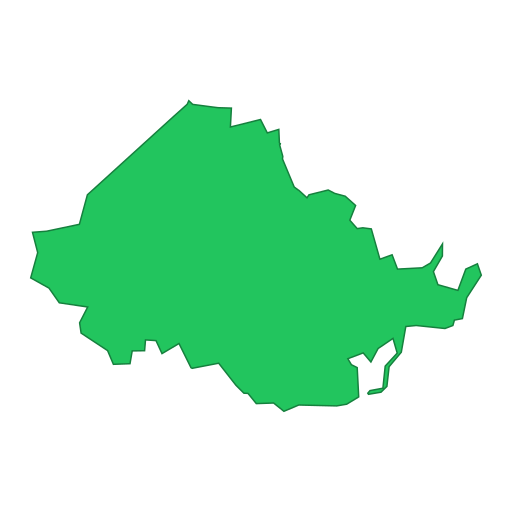 Chesterfield, Virginia, United States of America (Mercator projection)
{"feature_id": "52423323B79488300167847", "entity_name": "Chesterfield", "entity_type": "district", "adm_level": 2, "iso_a3": "USA", "parent_name": "United States of America", "parent_adm1": "Virginia", "projection": "mercator", "projection_center": [-77.515, 37.39], "detail": "fine", "context": "isolated", "style": "filled", "palette": "green", "viewbox_px": 512, "rotation_deg": 0, "n_neighbors": 0, "source": "geoboundaries", "source_scale": "gbopen_adm2", "svg_char_len": 1381}
<svg xmlns="http://www.w3.org/2000/svg" viewBox="0 0 512 512"><path d="M367.8,393.2L368.5,394.3L381.0,392.2L386.9,386.4L389.1,366.7L401.3,352.2L405.8,326.5L416.2,325.5L445.0,328.5L452.9,325.5L454.4,320.1L462.4,318.6L466.7,297.7L481.3,275.2L477.4,263.8L465.8,269.1L457.9,290.4L437.9,284.7L433.4,271.6L442.4,256.0L442.5,243.9L430.5,263.0L422.2,267.8L397.5,269.1L392.1,254.8L379.9,259.2L371.3,228.9L362.8,227.8L357.2,228.6L349.8,220.2L355.6,205.5L345.2,196.2L334.7,193.4L328.2,190.0L309.0,194.8L307.0,197.8L298.8,190.3L298.2,190.0L294.2,187.0L282.5,159.0L282.8,156.4L279.6,144.8L280.0,144.5L280.2,144.2L280.3,143.7L279.8,143.6L279.8,143.4L279.4,142.8L278.8,129.4L267.3,132.9L260.5,119.5L230.4,127.0L231.4,108.1L218.1,107.7L212.5,107.0L192.7,104.4L188.8,100.7L187.2,104.3L173.9,116.2L112.5,172.0L87.4,194.8L79.4,224.3L46.7,231.2L32.5,232.3L37.7,252.6L30.7,277.9L49.0,288.1L59.3,302.8L87.7,307.0L79.6,322.8L81.1,333.1L107.6,350.6L113.4,364.3L130.0,363.7L132.2,350.9L144.6,350.7L145.5,339.9L156.0,340.6L162.0,353.6L179.0,343.5L191.0,367.7L192.2,368.3L218.7,363.2L235.9,385.2L243.9,393.2L248.0,393.4L256.3,403.6L273.6,403.0L283.9,411.3L298.8,405.0L336.7,405.9L346.7,404.2L358.7,396.9L357.2,367.6L351.4,364.7L347.8,358.7L363.2,352.9L370.9,362.0L378.1,348.5L393.0,338.4L397.2,353.1L385.2,366.1L382.9,388.2L370.0,390.6L367.8,393.2Z" fill="#22c55e" stroke="#15803d" stroke-width="1.5"/></svg>